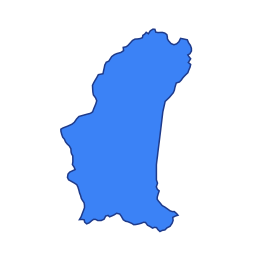 outline of Guapimirim, Rio de Janeiro, Brazil, rotated 191°
{"feature_id": "56859067B76687286499853", "entity_name": "Guapimirim", "entity_type": "district", "adm_level": 2, "iso_a3": "BRA", "parent_name": "Brazil", "parent_adm1": "Rio de Janeiro", "projection": "mercator", "projection_center": [-42.966, -22.59], "detail": "fine", "context": "isolated", "style": "filled", "palette": "blue", "viewbox_px": 256, "rotation_deg": 191, "n_neighbors": 0, "source": "geoboundaries", "source_scale": "gbopen_adm2", "svg_char_len": 2492}
<svg xmlns="http://www.w3.org/2000/svg" viewBox="0 0 256 256"><g transform="rotate(191 128 128)"><path d="M158.2,28.8L155.5,29.5L153.5,29.5L152.6,27.4L150.3,26.0L147.9,27.6L145.8,30.3L144.3,31.8L142.3,32.1L140.0,31.4L136.6,32.1L134.1,33.9L133.1,37.3L130.9,38.4L129.1,37.3L126.8,38.8L124.9,40.2L122.9,42.1L119.7,42.0L117.8,40.2L115.1,37.0L112.5,36.0L110.3,36.0L107.9,35.5L105.8,35.0L104.0,34.2L102.0,34.7L99.3,35.8L96.9,37.0L94.8,38.4L92.8,38.6L90.3,36.3L87.5,35.5L84.8,34.4L83.1,35.5L81.0,35.7L79.3,34.0L76.9,32.5L74.9,34.0L72.3,35.0L70.6,37.5L68.0,39.5L66.5,43.0L66.1,45.9L67.0,48.8L64.6,50.7L62.3,51.9L64.0,53.3L66.6,54.8L68.5,54.4L70.8,54.7L73.4,55.9L76.7,57.4L79.7,58.4L81.9,60.3L84.4,62.3L85.8,63.7L86.1,65.9L85.8,69.2L85.4,72.2L87.5,73.4L89.0,75.7L88.5,79.5L90.2,82.4L93.1,97.3L93.4,100.8L93.7,105.9L94.0,109.5L94.2,112.4L94.6,118.5L94.9,122.9L95.5,131.4L96.9,150.5L96.6,161.2L94.6,164.0L93.2,166.0L91.8,168.5L90.3,171.2L89.7,174.0L89.7,176.5L89.5,178.7L89.2,181.4L86.3,183.0L84.8,185.3L83.9,187.4L82.8,189.3L81.4,191.4L79.8,193.7L79.4,196.3L78.7,199.5L78.6,202.3L81.3,203.8L79.7,207.9L81.7,209.6L83.2,211.2L81.4,212.7L80.4,215.7L81.0,218.4L82.6,221.1L84.8,223.2L86.6,225.9L90.2,226.0L93.5,226.0L94.5,222.4L96.3,219.9L98.8,218.5L101.9,219.1L104.8,221.3L106.3,223.0L106.8,225.0L107.7,227.1L110.0,228.2L112.4,228.4L114.8,227.9L116.8,227.4L119.0,227.4L120.4,230.0L122.4,229.8L124.7,227.6L126.0,224.4L128.4,225.4L129.6,223.2L131.1,221.8L131.1,219.4L133.2,218.1L135.7,217.2L138.1,216.6L140.3,214.8L142.1,211.8L143.8,209.0L145.3,207.4L148.1,206.2L147.1,203.1L149.4,200.8L153.2,198.9L155.4,197.4L157.6,195.0L158.7,192.3L159.6,190.0L161.9,188.4L162.8,185.4L162.8,182.7L162.9,179.4L162.9,176.5L167.3,174.7L168.3,171.5L169.3,168.8L170.3,165.8L171.0,163.1L170.1,159.4L169.3,156.5L168.3,153.9L165.5,151.3L163.9,148.8L164.2,145.6L164.6,143.6L165.3,140.3L165.8,137.1L167.7,135.2L170.7,133.8L173.3,132.5L175.9,131.2L178.4,129.9L180.2,127.0L181.8,123.3L183.8,121.0L185.9,119.5L187.9,118.1L189.7,117.0L191.9,115.6L193.7,114.0L193.2,111.9L191.9,109.2L190.3,106.5L188.3,104.9L186.7,102.5L184.6,100.7L182.2,99.2L180.1,96.7L179.3,93.6L178.4,91.8L176.9,90.1L176.3,87.4L175.7,84.4L175.6,81.5L173.5,79.4L172.0,77.1L174.2,75.5L176.8,73.6L178.1,71.3L178.0,67.9L176.4,65.8L173.4,64.8L170.1,63.7L167.5,62.6L165.9,60.5L164.2,57.3L163.1,54.9L161.7,52.7L160.4,50.0L158.8,48.2L156.9,46.3L156.0,43.9L155.5,41.5L155.9,38.8L156.5,35.5L157.1,31.9L158.2,28.8Z" fill="#3b82f6" stroke="#1e3a8a" stroke-width="1.5"/></g></svg>